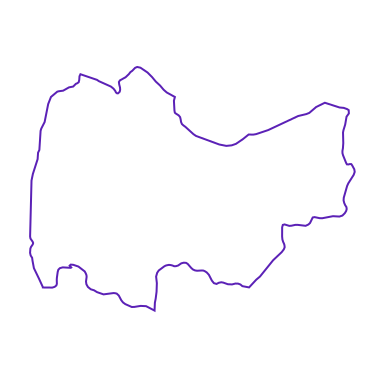 an SVG outline of Fukushima, rotated 184°
{"feature_id": "JPN-1864", "entity_name": "Fukushima", "entity_type": "Prefecture", "adm_level": 1, "iso_a3": "JPN", "parent_name": "Japan", "parent_adm1": "", "projection": "robinson", "projection_center": [140.15, 37.378], "detail": "fine", "context": "isolated", "style": "outline", "palette": "violet", "viewbox_px": 384, "rotation_deg": 184, "n_neighbors": 0, "source": "natural_earth", "source_scale": "10m", "svg_char_len": 2913}
<svg xmlns="http://www.w3.org/2000/svg" viewBox="0 0 384 384"><g transform="rotate(184 192 192)"><path d="M334.1,86.4L334.1,86.6L338.5,94.7L344.4,105.0L346.3,112.3L346.9,115.2L348.5,117.4L349.3,120.0L349.3,124.2L348.8,125.9L347.2,128.6L346.9,130.0L347.5,131.3L349.9,134.3L350.4,136.3L352.9,192.2L352.0,198.9L348.3,214.0L348.3,220.5L347.2,223.3L347.3,242.4L346.8,244.7L343.9,251.5L341.6,269.7L339.3,277.0L333.4,282.7L331.9,283.2L327.6,284.1L322.0,287.8L317.9,288.9L315.4,291.8L314.0,292.5L312.7,293.6L312.3,295.9L312.3,299.6L311.5,301.7L294.5,297.2L292.7,296.1L280.2,291.5L277.5,289.6L275.7,287.6L274.8,286.0L273.6,285.2L272.6,285.3L271.1,287.0L270.8,289.0L271.1,291.2L272.1,294.2L272.6,296.6L271.7,298.3L266.2,301.9L263.2,305.2L261.8,307.3L260.1,308.7L257.4,311.9L255.4,312.9L252.1,312.4L244.7,308.1L239.9,303.9L235.8,299.6L231.3,296.0L227.4,292.0L224.1,289.5L215.7,285.6L216.4,281.8L215.2,272.1L214.7,270.1L214.5,269.8L214.3,269.6L213.7,269.2L210.6,267.5L209.1,265.9L208.4,263.7L207.8,261.1L206.8,259.1L205.3,257.9L203.1,256.5L194.6,249.8L191.9,248.2L168.1,241.3L161.0,240.4L155.7,241.3L151.5,243.1L144.9,248.3L139.5,253.3L135.0,253.5L132.1,254.2L120.3,259.1L91.4,275.2L83.4,277.7L80.5,279.1L74.0,285.5L65.7,290.3L50.7,286.6L46.5,286.5L43.0,285.5L41.4,284.6L41.0,281.3L43.1,277.9L43.9,269.9L45.2,264.3L45.5,261.9L44.5,251.3L44.5,246.2L44.8,243.4L44.6,241.2L43.9,239.2L40.3,231.8L39.4,230.4L37.8,230.4L36.5,230.9L35.0,230.9L34.0,229.6L31.7,226.0L31.1,223.4L31.9,220.4L36.7,211.5L37.7,208.8L40.2,196.9L40.2,194.2L39.4,191.7L38.3,189.6L36.9,187.7L36.5,185.8L36.9,183.8L38.1,181.5L40.3,179.0L43.2,177.8L49.7,177.7L60.3,174.9L62.8,174.8L68.0,175.5L69.8,175.0L72.1,169.3L73.6,167.7L76.3,166.2L84.4,166.6L86.7,166.4L90.5,165.3L92.6,165.0L97.4,166.1L99.1,165.5L99.6,163.1L99.0,153.9L98.5,150.9L97.6,148.6L96.6,146.8L96.1,145.5L95.7,143.4L96.4,141.2L98.3,138.3L106.3,129.6L118.3,112.4L121.8,109.0L128.4,100.8L135.2,101.6L137.2,103.1L139.6,103.8L142.3,103.7L145.6,102.6L149.8,102.5L154.5,103.8L156.5,104.0L159.0,103.3L161.1,102.0L163.8,102.6L166.0,105.0L169.4,110.6L171.7,112.8L173.7,113.9L175.1,114.4L176.6,114.4L181.5,113.8L183.6,114.0L185.7,114.8L187.5,116.2L191.3,120.0L193.0,120.9L195.3,120.9L197.7,120.1L200.7,117.7L202.8,116.9L204.6,116.7L206.3,117.3L208.0,117.6L209.9,117.7L211.8,117.2L213.2,116.7L214.6,115.8L219.7,111.4L221.1,109.0L221.9,105.1L220.7,98.6L220.4,90.0L220.8,83.0L221.3,79.0L221.1,71.1L229.8,74.9L235.3,74.8L241.7,73.3L244.1,73.1L250.7,75.5L253.1,77.0L255.0,79.1L257.8,83.6L260.0,85.4L261.8,85.7L263.3,85.7L273.1,83.7L279.8,85.5L282.8,87.1L286.2,87.9L289.2,90.0L290.9,92.6L291.5,95.3L291.2,100.0L291.5,101.7L292.3,103.4L293.5,105.3L300.1,109.7L305.4,111.1L307.9,111.1L308.9,110.0L307.2,108.3L307.7,107.9L315.7,107.8L318.5,106.8L319.9,105.2L320.4,102.9L320.8,97.1L320.8,95.2L320.4,91.0L320.8,89.3L322.4,87.8L324.7,86.9L333.0,86.4L334.1,86.4Z" fill="none" stroke="#5b21b6" stroke-width="2"/></g></svg>